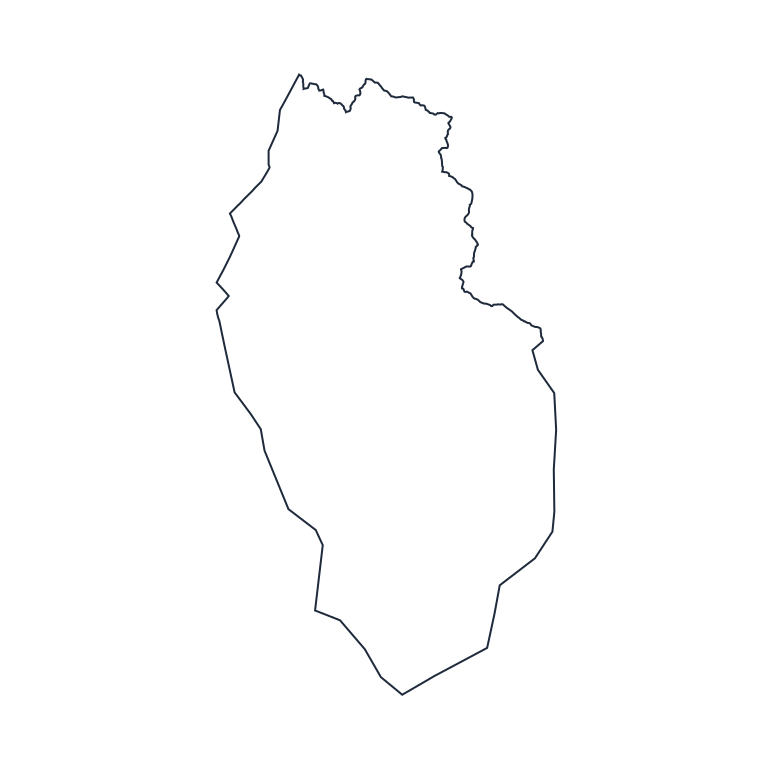 Altai, Bayan-Ölgiy, Mongolia, rotated 207°
{"feature_id": "93677404B43382334794440", "entity_name": "Altai", "entity_type": "district", "adm_level": 2, "iso_a3": "MNG", "parent_name": "Mongolia", "parent_adm1": "Bayan-Ölgiy", "projection": "orthographic", "projection_center": [89.76, 48.197], "detail": "fine", "context": "isolated", "style": "outline", "palette": "slate", "viewbox_px": 768, "rotation_deg": 207, "n_neighbors": 0, "source": "geoboundaries", "source_scale": "gbopen_adm2", "svg_char_len": 6130}
<svg xmlns="http://www.w3.org/2000/svg" viewBox="0 0 768 768"><g transform="rotate(207 384 384)"><path d="M513.3,308.7L489.2,296.8L473.3,287.8L460.2,270.4L412.3,229.1L378.5,222.9L365.4,212.6L342.6,150.9L315.9,153.5L280.7,139.0L253.7,121.4L226.7,115.4L206.2,147.2L172.3,195.7L181.3,229.7L189.5,257.2L170.4,297.2L166.9,328.9L174.2,347.5L193.9,384.9L209.8,421.3L228.2,453.2L253.3,466.5L267.1,481.5L261.8,494.4L262.5,495.4L263.4,496.5L264.3,497.2L264.9,497.3L265.2,497.7L265.9,498.1L266.2,499.0L266.6,499.8L267.1,500.3L267.3,500.7L268.1,501.7L269.0,503.6L269.6,504.2L270.1,504.5L270.6,504.6L273.1,504.4L275.2,503.5L277.2,503.3L279.5,503.2L280.9,504.1L281.6,504.3L282.9,504.0L284.3,503.5L284.9,503.7L286.2,503.6L287.1,503.8L287.7,503.4L288.4,503.6L289.8,503.7L290.9,503.5L293.7,504.3L295.2,504.4L295.9,504.6L296.7,504.9L297.6,505.0L303.2,506.8L309.2,507.6L314.4,508.9L315.4,508.5L316.1,507.8L318.6,506.7L320.2,505.5L321.4,505.0L322.1,504.6L322.3,504.4L322.7,503.6L322.8,502.7L323.9,502.1L325.1,502.5L326.2,502.4L329.3,502.0L331.0,501.2L332.7,500.9L335.5,500.7L336.8,501.2L339.2,501.7L341.1,501.5L342.1,501.2L342.7,501.2L343.9,501.6L345.2,502.2L347.9,503.9L349.5,503.9L350.0,503.8L350.8,504.0L351.7,504.0L352.2,503.8L352.5,503.5L353.3,503.0L354.2,502.8L354.5,503.0L356.3,504.7L356.6,504.9L357.1,504.8L357.5,504.5L357.9,504.5L358.2,505.0L358.6,506.3L359.0,508.5L359.2,509.9L359.5,511.1L360.1,511.6L361.0,512.1L361.6,512.3L364.4,512.6L364.7,512.8L364.6,514.2L364.7,515.4L365.3,517.8L366.0,519.5L367.5,521.1L367.5,521.3L366.0,523.2L363.9,526.2L361.1,527.5L360.4,527.9L360.1,528.5L360.1,529.1L360.4,530.5L360.3,532.1L360.4,532.4L360.5,532.9L360.2,533.4L359.5,533.9L359.5,534.0L359.6,534.3L360.6,535.1L360.8,535.9L361.3,536.3L361.6,536.9L361.6,537.6L361.7,538.5L362.6,540.1L363.2,541.8L363.4,542.4L363.4,543.5L364.0,546.6L364.1,547.0L364.5,547.6L363.8,549.5L364.0,549.9L363.9,550.1L363.5,550.7L363.8,551.1L365.7,552.5L366.7,553.0L368.8,554.2L369.7,554.3L371.5,555.1L373.1,556.2L373.2,556.5L373.1,557.2L373.6,557.7L374.9,560.6L375.2,563.0L375.5,563.4L376.4,563.2L377.6,563.4L378.8,564.0L381.2,564.3L382.7,564.6L383.9,565.1L385.5,565.3L386.2,565.8L386.7,566.5L387.1,567.5L387.3,567.9L387.3,570.0L386.4,572.2L386.1,573.8L386.1,575.2L386.4,576.1L387.4,577.6L387.8,578.6L388.0,579.5L388.4,581.7L388.5,582.2L388.9,582.6L388.2,584.1L388.2,584.6L388.8,587.0L389.5,589.4L390.8,592.4L392.1,594.3L393.2,595.4L393.6,595.6L395.1,596.0L395.3,596.2L396.0,596.3L396.4,596.1L398.3,596.3L398.7,596.2L400.9,596.1L401.6,596.2L401.8,596.1L402.7,596.0L403.1,595.8L404.2,595.6L404.5,595.7L405.2,596.2L405.9,596.3L409.3,596.4L409.5,596.5L410.0,596.9L410.5,597.0L413.0,598.5L413.9,598.9L415.8,599.1L416.5,599.4L417.3,599.5L418.9,599.3L420.4,598.9L421.3,600.6L421.7,600.9L423.4,601.1L424.7,601.0L425.8,600.4L428.6,599.6L428.8,601.1L429.9,603.8L430.1,604.1L431.0,604.5L433.8,609.2L435.2,611.1L435.7,611.3L436.6,612.8L437.5,613.9L437.8,614.1L439.8,615.0L440.7,615.8L440.8,616.1L439.9,618.5L439.6,620.2L438.9,620.8L437.3,621.9L435.4,622.6L434.9,623.1L434.7,623.4L434.7,623.9L434.9,624.3L435.0,625.1L435.2,625.6L435.5,626.0L436.8,627.4L438.4,628.7L439.2,629.5L439.4,629.9L440.0,630.1L440.7,630.6L441.1,631.0L440.8,631.5L440.5,632.1L440.4,633.2L440.6,634.3L440.4,635.5L440.5,635.8L440.8,636.1L441.4,637.3L442.0,638.3L442.1,638.9L441.7,640.6L441.2,641.6L441.2,642.6L441.9,643.6L443.0,644.2L443.6,644.7L444.6,645.2L445.2,645.9L445.2,646.0L444.5,647.5L444.3,651.2L444.4,652.0L445.1,652.5L445.3,652.6L446.6,651.9L447.3,651.7L447.8,651.9L448.5,652.0L449.3,652.3L450.8,652.3L453.3,652.6L454.2,652.1L456.1,651.5L457.1,650.9L458.3,649.9L459.2,649.7L460.1,647.6L461.2,647.0L461.6,646.9L462.6,647.3L463.0,647.3L464.2,646.9L465.7,646.6L466.3,646.3L466.7,646.5L467.3,646.9L468.0,646.9L469.3,647.4L471.3,647.2L472.8,649.1L473.3,649.4L473.9,650.0L474.3,650.3L476.1,649.9L476.9,649.5L477.6,648.9L478.2,648.9L478.8,649.1L480.5,650.1L484.5,648.8L485.0,648.8L485.9,649.7L486.4,651.1L488.2,652.4L490.4,651.3L492.0,650.3L498.2,648.7L499.6,647.2L502.6,645.3L503.6,644.6L506.0,644.3L507.0,644.1L508.2,643.6L511.5,645.3L514.4,646.2L516.4,645.8L516.9,645.5L517.4,645.6L520.8,647.1L521.1,647.4L521.7,647.8L522.4,647.9L522.9,648.2L524.0,648.6L524.7,648.8L525.1,649.2L526.1,649.6L528.0,649.0L529.0,648.4L533.1,649.5L533.8,649.5L534.0,649.4L534.4,649.1L535.4,648.9L537.8,647.9L538.2,647.9L538.4,647.1L538.2,646.2L537.8,645.2L537.1,643.3L537.3,642.6L537.8,641.6L537.9,641.3L537.9,640.1L538.1,639.3L537.9,638.6L538.6,637.4L539.3,636.6L539.5,636.3L539.6,635.4L539.5,635.2L538.2,634.1L537.0,632.3L536.8,631.7L536.8,630.8L537.0,630.0L537.5,629.8L538.6,629.2L540.0,627.9L540.1,627.5L540.0,626.6L539.4,625.6L539.0,625.1L538.8,624.1L539.0,622.1L539.4,621.8L539.5,621.5L539.6,620.7L539.9,620.2L539.7,619.4L539.7,619.1L539.9,617.7L540.0,616.2L539.6,615.4L539.0,614.9L538.9,614.6L538.6,613.8L538.5,612.4L538.6,611.5L539.4,610.9L540.0,610.2L540.8,609.6L541.3,608.9L542.7,610.4L544.0,610.8L544.5,611.2L545.0,611.7L545.7,612.8L546.8,613.3L547.4,613.3L549.4,614.1L550.2,614.2L551.4,614.1L552.4,613.4L552.6,612.7L553.5,612.8L555.0,612.5L555.5,612.1L556.0,611.5L557.7,612.8L558.3,613.0L558.8,612.8L559.0,612.8L560.3,613.9L562.0,613.9L563.8,614.2L566.5,614.0L567.9,613.6L568.2,614.0L568.7,615.0L569.8,616.0L571.8,618.7L572.5,618.2L573.7,616.8L574.9,616.0L575.7,616.7L576.4,617.1L577.3,618.4L578.1,619.2L579.7,620.1L580.3,620.3L582.0,619.6L585.6,618.7L586.5,618.2L586.5,615.6L586.4,614.7L586.2,613.4L586.3,613.2L587.4,612.1L589.2,610.9L589.6,610.4L590.0,611.3L590.9,612.3L591.6,613.6L592.2,615.0L593.5,616.3L594.1,618.1L594.5,618.7L598.0,621.2L599.0,620.7L599.5,620.9L600.1,621.1L600.7,592.4L601.1,580.9L593.8,561.3L592.7,539.4L586.4,527.1L584.4,525.3L584.2,524.2L584.3,521.6L584.7,515.1L585.2,508.6L587.9,500.4L588.5,498.0L589.2,495.6L592.8,484.7L594.2,479.6L595.3,476.6L598.7,465.9L596.6,464.4L591.0,459.4L586.5,455.7L583.7,453.2L580.5,450.5L580.0,449.6L579.9,446.4L579.5,438.0L579.3,434.7L579.0,426.9L578.9,412.8L579.0,408.0L579.2,398.4L570.4,395.2L564.1,392.7L562.3,391.9L562.5,390.5L566.7,373.8L564.3,370.6L561.7,367.6L559.4,365.5L544.3,346.7L513.3,308.7Z" fill="none" stroke="#1e293b" stroke-width="2"/></g></svg>